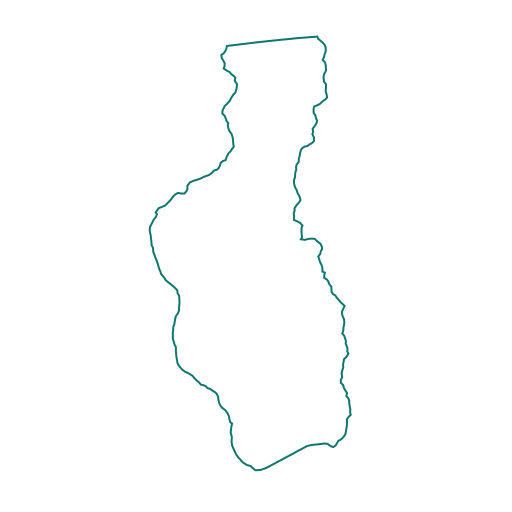 outline of Pinheiros, Espírito Santo, Brazil, rotated 81°
{"feature_id": "56859067B9198683889165", "entity_name": "Pinheiros", "entity_type": "district", "adm_level": 2, "iso_a3": "BRA", "parent_name": "Brazil", "parent_adm1": "Espírito Santo", "projection": "albers", "projection_center": [-40.204, -18.372], "detail": "fine", "context": "isolated", "style": "outline", "palette": "teal", "viewbox_px": 512, "rotation_deg": 81, "n_neighbors": 0, "source": "geoboundaries", "source_scale": "gbopen_adm2", "svg_char_len": 4428}
<svg xmlns="http://www.w3.org/2000/svg" viewBox="0 0 512 512"><g transform="rotate(81 256 256)"><path d="M322.1,350.6L324.7,351.1L327.8,350.6L330.8,350.3L333.3,349.4L337.4,350.0L340.5,350.2L342.9,350.4L345.9,350.3L349.7,350.3L353.2,348.9L356.8,346.5L359.0,344.4L360.9,341.6L362.7,339.4L364.4,337.5L366.9,336.0L369.5,334.2L372.0,332.0L374.4,330.6L375.5,327.9L376.8,325.9L378.9,324.6L380.2,322.0L381.8,320.5L383.4,318.5L385.9,316.3L389.0,315.5L391.7,315.6L395.1,315.4L397.9,314.7L400.5,313.3L403.3,310.6L406.6,308.8L410.3,307.7L413.0,307.8L416.1,307.4L417.7,305.8L420.1,306.8L422.7,307.6L426.2,308.6L431.1,308.2L435.7,309.2L439.8,309.2L442.9,308.3L446.6,307.3L449.4,306.4L452.1,305.1L454.3,303.5L456.6,302.2L458.6,300.4L461.0,297.7L462.6,294.2L465.3,292.2L467.6,289.9L468.0,285.1L467.3,280.5L466.6,278.0L464.8,273.0L464.1,270.7L463.2,268.4L462.4,266.0L461.1,262.0L459.9,258.7L458.6,255.1L457.6,251.9L456.5,248.9L455.6,246.6L454.8,244.4L454.0,241.8L453.0,239.0L451.7,235.2L451.4,231.6L451.5,227.8L451.7,224.4L451.8,221.1L451.9,217.6L452.9,214.5L455.4,212.2L456.8,209.5L455.6,207.0L451.4,203.5L450.4,200.5L448.6,198.1L446.3,195.8L443.4,194.6L440.5,193.7L437.8,192.8L435.4,192.3L431.6,191.8L429.3,189.6L427.7,187.3L425.4,187.5L422.0,186.8L418.6,187.0L416.3,187.0L413.7,186.5L410.7,187.2L408.3,188.7L405.6,187.5L402.5,188.9L400.1,189.8L397.0,190.1L394.5,192.1L391.6,191.6L389.4,189.9L385.4,189.8L382.5,188.7L379.8,187.3L376.9,187.0L374.4,186.1L371.7,185.2L369.5,182.2L366.9,180.0L364.6,180.8L362.0,180.1L359.0,180.5L356.6,181.1L354.0,180.5L351.1,180.9L348.8,181.3L346.0,182.9L343.5,181.5L340.3,180.8L337.5,179.7L334.9,179.1L332.0,179.0L329.3,179.8L326.8,180.1L324.2,179.7L321.3,177.7L319.1,176.3L317.3,177.8L314.9,179.6L312.2,181.2L310.1,182.6L307.3,183.9L305.7,185.9L303.6,186.8L301.2,186.8L298.3,186.4L295.0,188.1L292.2,188.6L290.2,189.8L288.2,192.1L285.4,191.5L283.2,190.6L281.8,192.8L277.9,192.3L275.1,192.7L271.6,193.8L268.9,194.1L266.2,194.6L264.0,192.2L261.5,191.3L259.4,189.6L257.1,189.5L254.0,190.4L251.6,192.8L248.1,195.5L247.5,198.9L247.3,201.7L247.7,205.2L246.5,209.0L244.5,207.5L241.8,207.5L238.9,207.2L235.6,206.7L233.1,205.3L230.4,207.1L228.2,209.8L226.3,212.9L223.0,212.2L219.4,212.0L217.2,210.7L214.9,210.5L212.2,208.1L209.9,205.2L207.7,203.3L204.0,203.7L200.6,205.0L197.4,205.5L193.6,206.8L190.0,207.1L187.0,206.6L184.2,205.1L180.2,204.3L176.9,202.7L174.3,202.5L172.1,201.6L169.9,199.2L166.6,198.5L164.0,197.2L161.0,196.3L158.5,195.1L156.8,193.6L155.6,191.1L155.4,187.9L154.2,185.7L153.4,183.4L151.7,180.9L148.1,180.2L144.5,181.3L142.4,180.2L139.1,180.1L137.2,178.0L134.1,175.3L131.6,174.5L129.2,175.2L126.4,175.3L123.6,176.7L120.6,176.3L117.5,175.3L116.8,172.2L115.7,168.9L113.5,165.8L112.3,163.1L110.6,161.0L107.3,161.0L104.2,161.4L100.3,160.5L97.3,160.0L94.5,161.5L90.1,161.4L87.1,160.4L85.3,158.9L83.5,157.7L80.9,157.5L78.0,157.3L75.5,157.6L72.8,159.5L70.2,157.7L68.1,157.0L64.7,155.1L60.8,154.6L58.3,155.2L56.3,156.3L53.9,158.2L51.1,160.7L48.9,161.1L47.2,182.1L46.8,190.8L46.4,196.3L45.2,219.2L44.0,251.8L46.6,252.9L48.9,254.3L50.8,256.3L52.0,258.8L55.0,258.9L58.0,257.7L60.8,256.8L63.7,257.4L65.8,258.6L68.3,255.9L70.3,253.2L72.5,252.0L74.4,250.1L76.6,248.5L79.7,249.6L83.3,247.9L87.4,248.9L91.4,250.9L92.9,253.0L95.9,255.7L98.7,257.7L101.1,260.7L103.2,263.6L107.1,266.3L109.9,267.0L112.7,265.0L115.8,264.3L118.0,264.0L120.6,262.7L122.7,263.5L126.0,263.2L128.5,262.7L131.8,261.0L135.8,260.5L139.3,260.7L141.7,260.9L144.6,260.9L146.5,262.9L148.4,264.6L150.3,267.1L153.3,269.3L156.6,271.1L157.0,273.9L158.4,276.2L161.1,277.5L162.9,278.7L164.6,280.8L165.0,284.1L167.5,287.3L168.7,289.9L169.6,295.1L170.6,297.8L171.4,301.6L171.8,305.3L173.0,309.8L176.1,312.9L179.2,313.2L181.5,314.9L183.1,317.0L182.6,320.0L181.5,323.2L182.8,326.5L184.8,329.2L187.2,331.4L189.4,334.4L191.9,337.8L193.0,342.2L193.5,344.5L195.3,346.3L197.1,348.2L199.2,347.3L201.7,348.7L203.9,351.1L205.8,352.5L208.1,354.2L210.3,355.9L213.9,357.0L216.4,357.0L218.9,356.8L222.5,357.0L225.9,357.1L228.8,357.4L231.9,356.5L235.7,356.8L239.0,356.1L242.2,355.6L245.5,354.7L248.8,354.2L251.5,353.9L253.8,353.6L256.2,352.9L259.0,352.5L261.4,351.1L263.6,349.7L265.8,349.0L268.1,346.9L270.8,344.4L273.6,341.9L277.6,339.1L280.4,339.3L283.3,338.2L287.2,338.5L290.9,339.0L294.6,340.0L297.9,340.6L300.7,342.3L302.8,344.5L306.0,345.9L308.6,346.7L310.8,347.4L313.3,348.9L316.6,349.5L319.4,350.3L322.1,350.6Z" fill="none" stroke="#0f766e" stroke-width="2"/></g></svg>